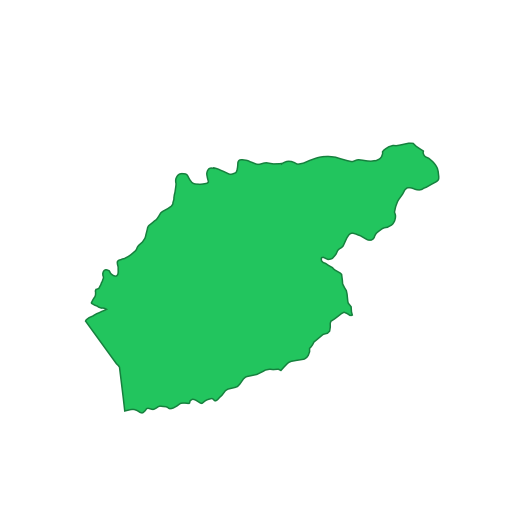 outline of Delomel, Micoud, Saint Lucia, rotated 323°
{"feature_id": "8701671B54095148495441", "entity_name": "Delomel", "entity_type": "district", "adm_level": 2, "iso_a3": "LCA", "parent_name": "Saint Lucia", "parent_adm1": "Micoud", "projection": "orthographic", "projection_center": [-60.926, 13.804], "detail": "fine", "context": "isolated", "style": "filled", "palette": "green", "viewbox_px": 512, "rotation_deg": 323, "n_neighbors": 0, "source": "geoboundaries", "source_scale": "gbopen_adm2", "svg_char_len": 6119}
<svg xmlns="http://www.w3.org/2000/svg" viewBox="0 0 512 512"><g transform="rotate(323 256 256)"><path d="M108.1,186.4L106.6,187.3L106.3,188.1L104.6,190.3L103.1,191.5L101.5,192.0L99.2,192.9L96.4,194.3L96.2,194.9L97.6,198.2L99.1,200.6L99.5,202.0L101.1,204.5L102.6,205.6L103.7,206.9L104.5,208.6L102.2,208.2L99.2,207.4L96.9,207.0L94.0,206.2L90.8,205.8L89.8,205.8L85.6,204.8L82.1,204.8L80.7,205.4L79.7,258.1L80.1,260.5L80.1,262.6L64.5,289.6L57.9,300.8L60.0,301.7L63.2,303.1L64.6,303.9L65.6,304.6L66.6,305.6L67.9,307.6L68.5,309.0L69.2,310.9L69.6,311.6L70.2,312.4L70.9,312.9L71.7,313.1L74.6,312.8L75.7,312.4L76.8,312.1L77.7,312.4L78.5,313.0L80.4,315.5L81.1,316.3L82.1,316.9L83.0,317.1L84.8,317.4L87.2,317.5L88.6,317.9L89.8,318.8L90.5,319.6L93.6,322.4L94.2,323.6L94.6,324.6L94.7,325.2L95.3,326.1L96.6,326.9L98.5,327.6L102.6,328.2L105.7,328.2L107.0,328.3L108.4,329.0L110.1,330.2L111.2,331.1L112.9,332.7L113.8,333.4L114.5,333.4L116.0,332.1L117.0,332.0L118.0,332.0L119.1,332.2L120.1,333.2L121.0,334.6L121.4,335.5L123.0,339.7L123.4,340.4L123.8,340.9L124.5,341.2L127.2,341.1L128.4,341.1L130.0,341.3L131.6,341.8L134.1,342.8L135.0,343.3L135.4,343.9L135.7,345.0L135.8,346.3L136.2,347.1L137.2,347.5L138.2,347.6L139.4,347.5L141.9,347.0L143.4,346.9L145.1,346.7L150.3,345.2L151.5,345.2L152.6,345.3L153.7,345.5L160.3,348.4L162.7,349.1L165.8,348.6L172.0,346.6L174.8,346.4L176.4,346.9L185.4,351.1L192.8,352.5L194.8,352.7L196.9,353.7L198.9,354.7L201.4,357.1L205.7,359.8L207.0,362.4L211.8,361.5L216.2,360.8L218.1,360.7L220.7,361.3L225.3,363.6L229.6,365.9L232.3,367.3L233.6,367.5L235.6,367.5L237.9,366.8L241.2,364.7L243.2,362.0L245.3,361.7L248.0,360.8L250.4,359.6L262.2,359.0L263.8,359.5L266.6,360.7L269.6,360.3L272.6,357.4L274.7,354.5L276.5,353.2L280.8,353.5L284.8,353.5L289.6,353.4L292.5,353.9L294.2,356.9L295.3,360.0L296.7,361.0L297.4,361.1L298.6,358.1L301.4,353.8L301.3,349.1L302.0,347.5L305.8,341.2L307.3,338.0L307.6,334.7L308.4,330.4L310.4,327.3L313.3,322.2L313.0,320.3L310.7,315.0L310.1,312.8L310.1,311.4L308.2,307.1L307.1,303.8L305.7,301.6L305.4,299.4L306.4,297.5L307.5,296.8L309.0,297.6L310.7,300.8L311.5,302.2L311.8,302.3L313.0,303.0L314.2,303.5L315.2,303.8L315.9,303.8L319.0,303.2L320.9,302.7L321.7,302.3L323.9,301.1L324.5,300.8L325.4,300.6L326.1,300.5L327.3,300.5L329.0,300.7L329.8,300.7L331.4,300.5L332.8,299.8L338.7,296.6L339.7,296.1L342.9,295.0L344.1,294.9L345.0,295.0L345.9,295.3L346.7,295.7L347.7,296.8L349.1,298.7L350.1,300.5L351.6,302.7L354.1,308.7L354.8,310.1L355.3,310.8L355.7,311.2L357.5,312.6L359.5,312.9L361.2,312.5L361.8,312.2L362.9,311.4L365.0,310.5L366.1,310.2L367.9,310.1L369.3,310.1L372.2,310.1L373.6,310.2L375.2,310.6L375.9,310.9L377.1,311.5L378.1,312.1L378.3,312.2L379.5,312.3L382.4,312.8L383.8,312.8L384.5,312.7L385.7,312.3L387.4,311.6L388.2,311.1L390.1,309.6L391.1,308.5L391.7,307.7L392.2,306.7L392.9,304.5L393.2,304.1L396.9,300.9L398.0,300.1L401.5,297.9L402.2,297.5L404.2,296.7L410.0,294.9L411.2,294.4L414.1,293.0L414.5,292.8L416.1,292.6L417.7,292.6L418.2,292.8L418.8,293.2L420.0,294.1L421.0,295.1L422.3,296.9L423.1,298.3L424.2,299.7L425.0,300.5L426.3,301.6L428.0,302.4L428.4,302.6L430.7,302.8L433.6,303.6L439.2,304.3L444.3,305.1L445.4,305.2L447.1,305.0L448.1,304.5L448.7,303.9L449.7,302.6L451.7,299.2L452.4,298.0L453.6,295.1L453.9,293.4L454.1,291.6L454.1,289.4L453.9,286.9L452.8,282.0L452.5,281.4L451.2,279.1L450.9,278.2L450.8,277.3L450.8,276.6L450.9,276.2L451.3,274.7L451.7,274.0L452.8,273.0L452.7,272.4L452.2,271.3L451.3,268.8L449.9,264.7L449.3,260.7L448.1,259.6L445.8,257.8L440.0,255.1L437.4,253.9L434.3,252.3L432.0,250.2L427.8,248.7L424.4,248.4L421.8,248.4L419.8,248.9L418.7,250.5L416.0,252.3L414.1,252.8L412.7,252.8L409.2,252.1L408.0,251.2L404.7,249.4L401.8,246.8L398.7,243.6L395.8,240.8L394.0,239.9L390.1,238.8L389.0,238.0L386.2,234.7L382.0,229.2L379.0,225.0L376.4,222.5L373.4,219.8L369.6,217.2L366.7,215.6L364.2,214.5L362.2,213.8L356.4,212.0L349.8,210.4L345.0,208.1L344.0,207.1L342.9,204.6L341.2,201.9L339.1,200.0L337.4,199.0L335.4,198.4L332.8,197.9L332.3,197.9L332.5,197.7L330.5,196.6L325.5,193.1L324.3,191.9L322.2,189.7L320.4,187.8L320.0,187.6L319.2,187.1L318.1,186.5L314.5,185.1L313.6,184.6L312.5,183.8L312.0,183.3L311.4,182.6L309.0,178.6L308.0,177.2L307.4,175.8L306.5,174.5L305.8,173.7L303.6,171.5L302.8,170.7L302.0,170.2L300.9,169.6L300.4,169.5L299.4,169.6L298.3,170.1L297.7,170.6L295.9,172.7L294.5,174.2L293.3,175.3L292.7,175.9L290.9,177.0L290.1,177.3L289.6,177.2L288.4,176.9L286.4,176.3L285.0,175.6L284.2,174.9L283.8,174.3L283.4,173.6L280.9,168.8L279.5,166.5L278.3,164.2L277.1,162.4L275.8,160.7L275.4,160.3L275.2,160.7L273.3,158.9L272.2,158.3L271.0,158.0L270.1,158.2L268.9,158.6L268.0,159.1L266.5,160.3L265.6,161.6L264.2,164.4L263.0,167.4L262.3,168.4L260.9,168.5L259.3,167.8L256.8,166.5L254.3,165.0L253.1,163.9L251.4,162.5L250.1,161.1L249.4,159.8L249.0,158.6L249.0,156.5L249.0,155.5L249.2,153.7L249.7,150.8L249.7,149.4L249.4,148.7L249.0,148.0L248.2,147.2L246.4,145.6L245.5,145.1L244.1,144.5L242.3,144.5L241.8,144.6L240.6,145.0L238.8,145.9L237.7,146.9L237.0,147.7L236.2,149.0L235.7,150.1L234.5,151.5L229.6,156.4L227.6,158.0L225.5,160.1L224.6,161.3L221.8,163.4L221.2,164.1L220.7,164.5L218.6,165.2L217.9,165.3L217.2,165.2L214.2,165.1L208.9,164.3L207.9,164.2L206.8,164.2L205.7,164.3L205.3,164.5L204.5,164.8L202.6,165.6L200.4,166.4L199.0,166.8L198.0,167.0L195.9,166.9L193.6,167.1L189.1,167.2L188.3,167.3L186.7,168.0L186.0,168.6L185.1,169.4L180.6,173.0L180.1,173.5L178.6,174.6L177.7,175.1L173.8,176.5L169.9,176.8L168.8,176.9L167.6,177.2L166.5,177.6L164.5,178.8L162.9,179.3L156.5,179.7L153.3,179.5L151.2,179.1L149.5,178.9L147.3,177.9L146.1,177.7L144.2,176.9L142.9,176.8L141.6,177.3L140.5,179.0L139.3,181.8L136.2,186.0L134.9,187.3L133.6,187.9L133.1,188.0L132.2,187.9L131.5,187.4L130.6,186.2L130.1,185.2L129.5,183.1L129.5,181.4L129.8,180.4L129.8,179.3L129.2,178.4L128.6,177.4L127.9,176.7L127.3,176.4L126.3,176.2L125.3,176.4L124.4,176.8L123.6,177.4L123.1,177.8L122.1,179.3L121.6,180.8L120.9,181.8L120.1,182.3L118.8,183.1L118.0,183.8L116.8,184.2L116.0,184.7L114.7,185.6L113.0,186.3L111.5,187.1L110.8,187.2L110.1,187.1L108.9,186.8L108.1,186.4Z" fill="#22c55e" stroke="#15803d" stroke-width="1.5"/></g></svg>